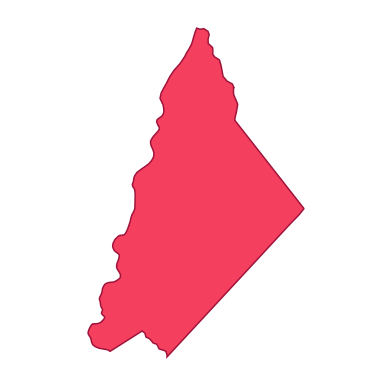 the district of Marche Gaye, Choiseul, Saint Lucia, rotated 177°
{"feature_id": "8701671B7895347248645", "entity_name": "Marche Gaye", "entity_type": "district", "adm_level": 2, "iso_a3": "LCA", "parent_name": "Saint Lucia", "parent_adm1": "Choiseul", "projection": "robinson", "projection_center": [-61.009, 13.821], "detail": "fine", "context": "isolated", "style": "filled", "palette": "rose", "viewbox_px": 384, "rotation_deg": 177, "n_neighbors": 0, "source": "geoboundaries", "source_scale": "gbopen_adm2", "svg_char_len": 5528}
<svg xmlns="http://www.w3.org/2000/svg" viewBox="0 0 384 384"><g transform="rotate(177 192 192)"><path d="M225.6,28.6L95.2,155.4L86.6,163.3L81.2,169.3L81.1,169.5L80.9,169.4L145.6,261.5L144.7,265.6L143.6,268.9L141.8,277.0L142.7,280.1L145.2,286.7L145.4,289.0L145.0,294.2L144.7,294.2L144.9,294.5L146.0,297.7L151.3,301.0L154.9,305.8L156.3,316.4L157.7,322.5L162.3,325.7L164.1,328.6L163.8,331.4L163.8,335.0L168.0,339.5L168.0,343.6L166.6,348.4L167.7,351.7L171.6,354.5L175.5,354.1L178.8,355.4L179.3,354.0L179.7,353.2L180.3,352.0L181.8,347.8L182.2,346.8L183.6,342.6L184.7,339.7L187.3,335.3L189.1,332.7L190.2,331.2L192.0,327.9L194.9,323.9L195.4,323.3L197.4,320.7L203.5,314.5L205.6,311.8L208.2,308.2L208.7,307.4L212.3,301.2L214.9,297.1L217.5,292.7L218.5,289.4L219.0,287.0L218.0,284.7L217.2,282.5L217.0,282.1L216.7,281.6L216.5,281.1L216.4,280.9L215.9,277.2L215.9,276.1L215.8,274.9L215.9,274.6L215.9,274.4L216.0,273.7L216.1,273.0L216.2,272.7L216.6,271.4L218.3,269.2L218.5,269.1L220.4,267.9L222.8,266.3L223.2,265.5L223.7,264.1L223.4,263.1L223.0,261.9L222.6,260.7L222.4,260.3L222.3,260.1L222.2,259.8L222.0,259.7L221.8,259.1L221.4,258.4L221.4,258.0L221.3,257.8L221.3,257.6L221.3,257.4L221.3,257.2L221.4,256.6L221.5,256.2L221.8,255.9L222.2,255.3L222.4,255.0L223.0,254.3L223.1,254.1L223.6,253.7L223.8,253.4L224.0,253.2L224.6,252.6L224.7,252.4L224.9,252.4L225.0,252.2L225.2,251.9L225.6,251.6L227.3,250.0L227.5,249.8L227.6,249.7L227.9,249.2L228.1,249.0L228.4,248.6L228.7,248.1L228.9,247.9L229.0,247.8L229.2,247.5L229.3,247.4L229.4,247.2L230.0,246.3L230.1,246.1L230.6,245.2L230.7,244.8L230.8,244.2L230.8,243.5L230.7,242.1L230.3,240.0L230.1,239.6L229.9,239.1L229.6,238.4L229.3,237.7L229.1,237.3L229.0,236.9L228.9,236.6L228.7,235.8L228.4,234.9L228.3,234.4L228.2,233.9L228.1,233.4L228.1,232.5L228.1,232.2L228.1,231.9L228.3,230.1L229.2,227.8L229.7,227.1L230.1,226.5L230.6,225.7L231.3,224.9L231.7,224.5L231.8,224.4L231.9,224.2L232.5,223.7L232.9,223.2L233.1,223.0L233.2,222.9L233.6,222.5L234.4,221.9L242.0,217.1L245.9,214.5L247.0,213.0L247.7,212.2L248.2,211.4L248.3,211.2L248.5,210.8L248.6,210.7L248.8,210.3L248.8,210.1L249.3,209.0L249.4,208.6L249.5,208.3L249.5,208.2L249.6,207.6L249.7,207.3L249.7,207.1L249.7,206.9L249.7,206.6L249.9,206.0L249.9,205.7L250.2,205.1L250.2,204.9L250.3,204.8L250.5,204.2L251.0,203.2L251.2,202.9L251.0,201.4L251.0,201.1L250.7,200.3L250.4,199.7L249.5,198.4L249.3,197.6L249.2,197.1L249.1,196.9L249.1,196.4L249.0,196.2L248.9,192.4L249.0,190.7L249.1,189.7L249.1,189.4L249.1,189.2L249.1,188.7L249.2,188.1L249.2,187.8L249.3,187.6L249.3,187.3L249.3,187.2L249.3,186.8L249.4,185.1L249.5,184.1L249.6,183.2L249.6,182.5L249.6,182.0L249.6,181.9L249.6,181.7L249.7,181.0L249.7,180.8L249.7,180.6L249.8,180.3L249.8,179.7L249.9,179.3L249.9,178.8L250.0,178.7L250.3,177.5L250.6,176.9L250.9,176.2L251.3,175.5L251.8,174.6L252.5,173.5L252.6,173.4L252.8,173.0L252.9,172.9L253.1,172.3L253.4,171.9L253.4,171.7L253.7,171.0L253.8,170.9L254.0,170.3L254.1,170.0L255.5,165.2L255.8,164.5L256.2,163.4L256.5,162.7L257.3,160.7L257.8,159.3L258.6,157.7L259.3,156.4L260.2,154.8L260.6,154.3L260.7,154.1L260.9,153.9L261.0,153.7L261.6,153.2L262.0,152.9L262.3,152.8L262.8,152.6L263.4,152.6L263.5,152.6L264.0,152.5L264.5,152.5L264.8,152.5L265.9,152.5L266.0,152.4L266.5,152.4L267.0,152.2L267.5,151.9L268.1,151.5L270.6,149.4L271.4,148.6L272.2,147.3L273.2,145.4L273.4,145.2L273.6,144.5L273.8,143.7L274.1,142.1L273.7,140.0L273.5,139.4L272.9,138.1L272.5,137.4L271.6,136.5L271.2,136.2L270.4,135.5L269.7,134.9L268.8,134.2L268.4,133.7L268.1,133.2L268.0,132.8L268.0,132.3L268.1,131.5L268.2,131.2L268.2,130.6L268.6,129.6L268.6,129.4L268.9,128.6L269.3,127.7L269.8,126.4L270.1,125.8L270.2,125.7L270.8,124.0L271.0,123.1L271.1,122.7L271.2,120.9L271.2,120.4L270.3,118.2L268.9,115.8L268.6,115.1L268.4,114.8L268.3,114.6L268.1,114.0L268.0,113.8L268.0,113.7L267.8,113.3L267.9,113.1L267.8,112.2L267.9,111.7L267.9,111.3L268.0,111.1L268.0,110.8L268.1,110.6L268.2,110.3L268.3,110.0L268.8,109.6L269.4,109.1L269.7,108.8L270.2,108.5L272.2,107.3L272.8,107.0L273.1,106.9L273.8,106.7L275.1,106.2L279.5,106.0L280.5,105.8L282.3,105.3L283.5,104.6L284.3,103.9L284.8,103.1L285.6,102.0L285.7,101.8L286.4,100.2L287.3,96.3L287.6,95.7L287.8,95.1L287.9,94.8L288.4,93.9L288.6,93.6L289.3,92.4L289.7,91.5L289.8,91.3L290.0,90.8L290.0,89.4L290.0,89.2L289.9,89.0L289.9,88.8L289.9,88.6L289.8,88.4L289.4,87.5L289.3,84.7L289.2,84.1L289.1,83.8L289.1,83.6L288.8,82.1L287.8,80.1L287.7,79.9L287.7,79.7L287.6,79.3L287.6,78.9L287.7,78.7L287.7,78.2L288.6,76.5L288.7,76.1L288.7,75.6L288.0,74.2L286.9,73.2L286.6,72.9L286.4,72.7L286.2,72.4L286.0,71.8L285.8,71.5L285.8,71.4L285.8,71.1L286.0,70.6L286.2,70.3L286.8,69.6L287.0,69.3L288.7,67.7L289.1,67.3L289.3,67.2L289.7,66.8L290.3,66.5L290.4,66.4L291.0,66.1L293.3,65.5L297.8,65.5L297.9,65.4L298.0,65.4L298.4,65.2L298.7,65.0L298.8,65.0L299.2,64.6L299.3,64.6L299.4,64.4L299.6,64.2L300.8,62.4L300.9,62.1L301.3,61.6L302.2,59.8L303.0,57.8L303.0,57.6L303.1,56.9L303.1,56.2L302.9,55.3L302.0,53.5L300.8,51.5L300.7,50.8L300.6,50.5L300.6,50.4L300.6,50.2L300.4,49.5L300.4,49.2L300.3,48.7L300.3,48.4L300.2,48.2L300.2,47.8L300.1,47.6L300.1,47.4L300.0,47.0L299.9,46.7L299.5,45.6L299.4,45.4L299.3,45.1L298.9,44.6L298.5,44.1L297.8,43.5L297.5,43.3L297.3,43.1L297.2,43.0L297.0,42.9L296.1,42.3L295.5,42.0L292.8,40.8L286.4,39.3L284.1,38.7L283.4,38.1L282.1,37.2L249.1,55.8L246.5,53.6L245.5,49.5L242.2,47.8L240.0,45.1L239.0,43.5L236.8,42.4L235.4,42.1L234.3,40.1L233.2,37.2L231.8,36.5L229.2,35.6L227.8,35.2L226.3,33.8L225.5,30.5L225.6,28.6Z" fill="#f43f5e" stroke="#9f1239" stroke-width="1.5"/></g></svg>